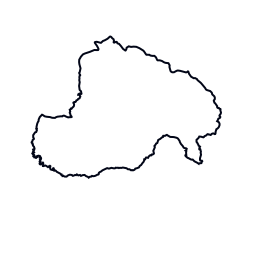 outline of Heliconia, Antioquia, Colombia, rotated 306°
{"feature_id": "7082276B97169896974876", "entity_name": "Heliconia", "entity_type": "district", "adm_level": 2, "iso_a3": "COL", "parent_name": "Colombia", "parent_adm1": "Antioquia", "projection": "orthographic", "projection_center": [-75.764, 6.206], "detail": "fine", "context": "isolated", "style": "outline", "palette": "ink", "viewbox_px": 256, "rotation_deg": 306, "n_neighbors": 0, "source": "geoboundaries", "source_scale": "gbopen_adm2", "svg_char_len": 5730}
<svg xmlns="http://www.w3.org/2000/svg" viewBox="0 0 256 256"><g transform="rotate(306 128 128)"><path d="M209.1,143.6L209.0,143.2L208.1,143.0L207.1,142.3L204.9,136.6L203.8,134.5L202.8,133.7L200.1,132.4L199.1,131.1L199.0,130.7L198.9,129.7L199.2,128.8L201.7,125.7L203.2,124.8L204.2,122.6L202.7,119.9L202.3,118.3L202.2,116.2L201.5,114.1L201.2,113.6L200.2,112.3L200.2,111.6L201.6,109.1L201.9,107.0L200.7,105.4L199.8,103.5L199.8,102.3L198.1,99.8L198.2,99.2L199.4,95.9L199.6,94.7L199.3,90.4L198.6,87.1L197.2,84.8L195.4,82.8L194.5,80.6L192.2,79.7L190.6,80.4L189.4,80.5L189.1,80.3L189.1,77.5L190.2,74.0L190.8,71.3L190.3,69.7L191.0,68.3L190.7,67.7L188.9,66.6L188.9,66.1L189.0,65.9L190.2,65.5L191.3,64.2L191.4,62.3L191.8,61.0L191.7,60.1L191.2,59.6L188.2,59.0L185.2,57.6L183.7,56.6L181.1,56.1L180.8,55.7L179.4,52.1L178.3,50.9L177.8,50.8L177.4,51.2L176.1,54.9L174.8,57.4L174.4,57.8L173.6,58.0L173.3,57.8L171.3,54.9L167.2,52.4L162.9,49.3L161.1,48.3L158.1,48.0L154.6,48.4L152.6,49.7L151.1,51.1L148.4,54.5L144.8,56.1L143.9,56.1L143.3,56.8L142.9,58.0L142.7,58.2L142.4,58.4L141.7,58.2L140.6,58.7L139.5,59.7L138.1,60.4L136.7,62.0L133.3,63.7L130.5,66.4L130.3,66.9L130.1,68.4L128.4,70.2L128.0,70.1L127.4,68.5L126.1,68.0L125.6,68.2L126.2,69.1L125.7,70.6L125.3,71.0L124.6,71.0L123.9,71.3L123.4,71.3L122.2,70.6L121.2,70.7L119.9,70.0L119.2,70.2L118.2,70.2L117.5,69.3L116.5,68.9L116.1,69.2L115.7,70.3L114.8,70.9L113.6,71.4L111.5,71.0L110.5,71.0L110.2,70.4L109.5,70.6L108.6,70.1L107.2,71.7L106.4,71.7L106.0,72.0L105.3,73.3L104.6,73.8L104.1,75.6L103.8,75.9L103.4,75.7L102.0,73.8L101.4,73.4L100.8,71.0L100.6,69.5L100.2,68.7L99.4,68.1L98.8,68.0L98.1,66.9L95.7,64.3L94.6,63.5L93.3,63.0L91.7,60.7L91.0,58.5L89.3,55.6L88.5,53.8L88.4,51.2L88.2,50.6L85.0,50.2L82.5,50.7L80.9,51.6L79.9,51.6L78.2,52.0L75.4,53.2L74.3,53.9L73.9,54.8L73.6,54.9L73.3,54.5L72.3,55.8L71.6,55.8L70.8,56.1L69.8,55.4L66.5,55.5L64.7,56.8L64.3,57.9L63.8,58.3L62.3,57.9L61.5,58.3L59.8,58.4L59.4,58.9L59.5,59.9L58.7,60.4L58.7,60.8L57.9,61.4L57.6,62.9L56.6,64.3L56.1,64.7L55.7,64.7L55.3,64.5L55.0,63.9L54.7,63.9L54.3,65.2L53.4,65.0L53.3,65.4L52.8,65.5L53.1,66.0L53.0,66.4L52.4,66.2L51.7,65.5L51.1,65.6L51.0,66.3L50.6,67.0L51.1,67.7L51.0,68.0L50.7,68.1L50.3,67.9L49.4,68.1L49.4,68.3L49.8,68.6L49.2,69.5L49.7,70.0L49.6,70.9L49.9,71.3L50.7,71.3L50.7,70.5L51.1,70.4L51.4,70.8L51.5,71.5L52.3,71.3L53.2,72.1L53.2,72.7L53.5,73.2L53.4,73.4L52.4,73.7L52.5,74.0L53.1,74.2L52.8,74.7L52.7,75.2L52.3,75.6L51.8,75.7L50.9,75.1L50.7,75.4L50.8,76.0L49.4,76.1L49.2,76.4L49.4,76.7L49.3,77.0L48.6,76.6L48.3,77.2L47.2,77.4L46.9,77.9L47.0,78.5L47.4,79.0L50.0,79.5L49.9,79.9L48.3,81.2L47.4,81.3L47.2,81.5L47.4,81.9L49.1,83.2L49.3,84.1L49.3,86.2L50.4,86.4L50.9,87.0L51.5,87.1L51.5,87.6L51.2,87.8L50.4,87.6L50.1,87.8L49.9,88.6L49.3,89.2L49.0,89.7L49.6,91.6L49.9,91.8L51.3,91.1L51.7,91.4L51.0,92.7L50.2,92.9L50.0,93.2L50.1,93.5L50.9,94.1L51.0,94.7L50.7,96.1L51.3,100.3L51.0,101.1L51.3,101.5L50.8,101.9L50.7,102.2L51.3,103.2L51.2,103.6L50.9,103.7L51.3,104.2L51.6,105.6L52.6,106.9L54.1,107.2L55.8,108.2L56.2,108.7L57.0,110.3L56.8,111.3L57.2,111.8L58.9,112.8L59.3,113.7L60.4,113.9L60.4,115.6L61.8,116.8L61.6,118.1L63.3,119.1L64.5,120.5L64.4,122.5L64.9,124.2L64.7,125.4L65.9,125.7L66.5,126.1L66.9,126.7L68.1,127.0L68.4,128.0L69.5,129.2L70.4,129.8L72.3,130.7L73.0,131.4L73.6,131.4L74.6,130.8L75.6,131.0L77.0,131.8L78.7,132.2L83.1,134.6L83.5,135.1L83.6,135.9L84.1,136.6L86.0,138.0L87.1,140.4L87.8,141.2L88.7,141.4L89.3,142.6L90.0,143.2L90.2,144.2L91.1,144.9L91.7,146.0L93.0,147.1L94.6,150.5L94.6,152.2L95.5,153.5L95.6,155.4L96.4,156.0L96.6,156.9L98.0,157.8L99.5,157.8L100.5,158.7L102.5,160.0L104.3,159.8L105.8,160.4L108.1,160.3L109.5,160.5L111.1,160.2L112.2,159.5L112.8,160.3L113.7,160.0L114.8,160.0L115.7,161.8L117.2,161.5L119.1,162.0L119.3,162.2L119.3,162.7L119.6,163.0L120.6,162.8L121.1,163.5L121.8,163.9L122.5,164.0L122.8,163.8L124.4,161.9L128.0,161.1L128.5,160.8L128.8,160.1L129.1,159.9L130.7,160.1L132.0,159.9L133.1,160.5L136.1,159.5L138.2,160.5L140.4,161.0L141.2,161.6L141.6,161.6L142.1,161.1L142.4,161.1L143.5,162.6L144.0,162.9L144.8,163.1L145.3,163.5L145.3,164.6L145.6,167.4L147.6,170.4L148.6,172.9L148.8,173.8L148.8,174.7L147.8,177.5L147.2,178.1L146.2,180.2L145.6,182.9L144.9,184.4L144.9,185.4L145.7,186.9L145.7,187.7L144.3,188.2L143.5,187.9L143.5,188.8L142.3,189.4L140.2,191.2L140.1,190.5L139.8,190.4L139.5,190.5L139.1,191.2L138.9,193.7L139.2,194.8L139.5,197.3L139.7,197.9L140.5,198.9L140.1,201.3L140.6,204.6L140.6,206.3L141.0,206.2L141.2,206.3L142.7,208.0L143.2,207.9L143.7,207.6L144.8,207.6L145.0,207.1L144.2,205.7L144.3,205.3L144.6,204.9L145.9,204.0L149.3,202.8L150.7,201.3L151.7,200.9L153.3,199.0L153.4,198.7L152.7,198.3L152.8,198.0L154.3,197.3L155.2,197.3L155.3,196.8L155.2,195.5L156.1,194.3L156.3,193.4L156.9,192.6L157.0,191.7L157.4,191.3L158.7,190.4L161.3,190.9L163.0,190.7L163.9,192.2L164.7,194.4L165.3,194.7L166.3,194.7L168.1,195.7L169.3,195.8L170.0,196.2L170.2,197.3L170.7,197.9L170.8,198.8L171.2,199.1L172.4,199.2L173.2,199.6L173.9,200.5L174.0,201.7L174.4,202.1L175.0,202.0L176.8,200.9L177.8,200.7L178.8,200.2L180.5,200.8L181.7,200.9L182.3,200.9L184.3,200.3L185.4,199.4L186.1,198.0L185.9,196.1L187.5,196.0L188.6,195.6L189.9,196.3L190.4,196.4L191.0,196.3L191.4,195.9L191.4,195.3L191.6,194.8L192.2,194.6L194.1,194.6L194.6,194.4L195.2,194.1L196.5,192.4L197.6,191.8L197.7,191.5L197.3,190.7L197.6,189.7L197.1,189.1L197.0,188.5L197.4,187.7L198.1,187.3L199.2,184.1L199.3,182.9L199.8,182.4L200.4,181.4L200.9,181.2L201.9,181.3L202.5,181.2L203.8,180.2L204.4,179.1L204.7,176.4L205.6,175.4L205.9,174.8L206.2,172.8L205.1,169.6L205.0,168.4L205.7,166.9L206.8,162.6L207.3,160.5L207.6,156.1L208.1,155.0L207.8,152.9L206.9,151.9L206.6,148.9L207.7,145.6L209.1,143.6Z" fill="none" stroke="#020617" stroke-width="2"/></g></svg>